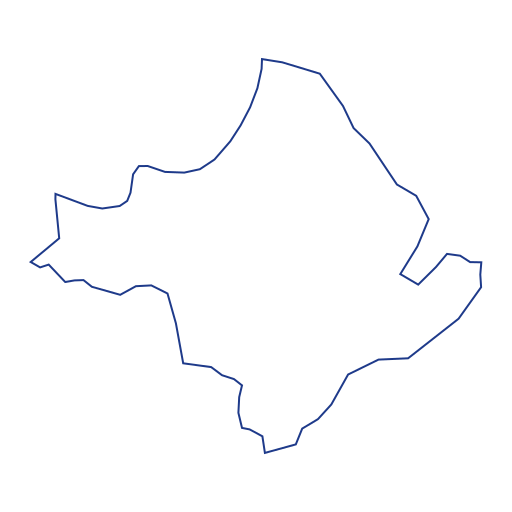 outline of Ngozi
{"feature_id": "BDI-2642", "entity_name": "Ngozi", "entity_type": "Province", "adm_level": 1, "iso_a3": "BDI", "parent_name": "Burundi", "parent_adm1": "", "projection": "robinson", "projection_center": [29.883, -2.862], "detail": "fine", "context": "isolated", "style": "outline", "palette": "blue", "viewbox_px": 512, "rotation_deg": 0, "n_neighbors": 0, "source": "natural_earth", "source_scale": "10m", "svg_char_len": 974}
<svg xmlns="http://www.w3.org/2000/svg" viewBox="0 0 512 512"><path d="M184.3,172.6L199.9,169.2L214.5,159.5L230.3,141.3L240.6,125.4L250.1,107.3L257.4,88.2L261.6,68.9L262.0,59.1L282.2,62.3L319.8,73.7L343.0,106.0L353.6,128.1L369.5,143.5L396.9,184.5L416.2,195.8L428.7,219.1L417.4,246.4L400.3,274.1L418.2,284.6L436.0,267.0L447.0,253.9L460.2,255.7L470.1,262.1L481.3,262.3L480.3,274.6L481.1,287.2L458.6,318.7L408.1,358.3L378.5,359.6L348.1,374.5L331.3,404.5L318.0,419.1L302.2,428.6L295.8,444.4L264.9,452.9L262.4,436.3L249.6,429.4L242.0,427.9L238.4,412.8L239.2,397.1L242.0,385.4L234.0,379.1L222.0,375.2L211.2,367.1L183.2,363.3L175.9,323.3L167.5,293.5L151.3,285.4L135.9,286.2L120.2,294.8L91.9,286.8L83.5,280.1L74.5,280.4L65.2,282.0L48.7,264.6L40.1,267.4L30.7,262.0L59.2,238.3L55.4,199.3L55.5,194.0L55.5,193.9L87.7,205.9L102.3,208.5L119.7,206.0L127.2,200.9L130.5,192.7L133.1,174.3L138.9,166.1L147.7,166.0L165.0,171.9L184.3,172.6Z" fill="none" stroke="#1e3a8a" stroke-width="2"/></svg>